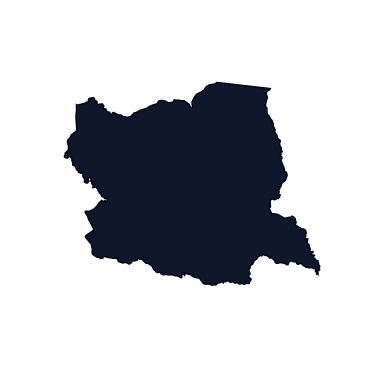 the district of Gorongosa, Sofala, Mozambique, rotated 333°
{"feature_id": "85939544B94652077383293", "entity_name": "Gorongosa", "entity_type": "district", "adm_level": 2, "iso_a3": "MOZ", "parent_name": "Mozambique", "parent_adm1": "Sofala", "projection": "orthographic", "projection_center": [34.322, -18.644], "detail": "fine", "context": "isolated", "style": "filled", "palette": "ink", "viewbox_px": 384, "rotation_deg": 333, "n_neighbors": 0, "source": "geoboundaries", "source_scale": "gbopen_adm2", "svg_char_len": 6046}
<svg xmlns="http://www.w3.org/2000/svg" viewBox="0 0 384 384"><g transform="rotate(333 192 192)"><path d="M308.7,135.4L263.9,105.7L261.6,106.2L255.8,104.4L254.4,104.7L253.0,104.5L249.1,106.4L246.7,107.1L241.7,106.9L239.9,107.2L237.7,108.3L233.1,111.6L232.5,112.4L231.3,115.9L230.7,116.9L230.0,117.2L229.1,116.3L229.1,112.2L226.5,107.2L223.5,105.6L221.5,103.9L219.1,102.9L218.3,101.9L217.6,102.0L216.9,102.9L216.1,103.2L212.0,102.3L211.3,101.7L209.3,98.7L206.1,96.4L203.6,95.9L200.8,97.5L200.2,97.5L197.1,96.8L193.0,96.4L189.2,96.8L183.1,95.7L177.9,95.8L176.5,95.2L172.1,96.9L169.1,96.5L167.6,95.7L166.6,94.7L164.7,93.4L164.0,91.3L161.5,90.1L158.2,85.5L157.1,85.4L155.6,86.8L154.7,86.5L154.7,83.6L153.3,82.3L152.8,81.3L152.7,78.8L152.1,78.2L151.1,78.4L150.8,78.0L151.2,76.8L152.5,75.1L152.0,72.7L148.0,71.4L147.6,70.9L147.5,70.0L148.3,68.5L148.1,67.5L146.9,66.6L147.4,64.6L147.1,63.2L144.0,62.2L142.6,62.1L141.9,62.5L140.5,64.5L139.2,64.4L138.2,64.0L136.3,64.3L129.2,62.5L128.7,61.8L126.4,66.5L123.8,70.4L122.1,73.7L117.7,84.1L116.0,85.5L110.5,86.3L108.2,88.1L105.2,89.2L103.7,90.8L102.7,95.5L101.1,98.1L99.7,98.9L96.9,99.7L96.3,100.3L96.1,101.3L95.1,101.8L94.4,102.5L94.7,103.6L96.1,105.2L97.3,105.0L98.4,104.4L98.9,104.6L99.7,105.6L100.0,108.2L99.1,109.7L99.3,111.5L98.0,113.7L99.4,115.4L99.6,117.8L99.2,119.6L100.1,120.9L99.9,122.8L101.7,125.0L102.3,125.2L103.8,125.0L104.1,125.4L103.2,126.2L102.4,127.7L101.8,128.1L102.2,131.5L101.6,132.9L100.8,133.8L100.8,134.5L102.1,136.2L103.2,136.5L105.0,135.4L105.3,133.1L106.7,132.2L107.3,132.5L108.1,134.4L107.7,135.1L106.6,136.1L107.7,137.5L106.6,138.5L106.8,141.4L105.7,143.1L108.8,143.9L109.0,146.1L110.5,147.1L108.9,148.1L109.4,150.2L109.0,151.0L110.0,152.7L109.7,155.2L110.9,156.1L111.2,157.8L111.9,158.7L113.4,159.8L113.5,160.6L111.9,161.5L111.8,161.9L111.0,161.9L110.6,161.3L110.8,160.6L110.5,160.1L109.1,160.5L107.4,158.4L105.3,159.8L104.9,159.2L101.2,161.2L98.3,162.3L96.2,162.7L92.2,162.7L90.8,162.2L88.5,160.8L87.8,161.1L87.6,162.3L88.0,166.0L87.4,169.9L87.7,172.6L87.6,180.2L87.0,181.2L86.1,181.5L78.0,182.6L77.0,183.2L76.8,184.8L78.7,193.4L77.5,196.1L77.5,197.6L76.2,199.4L75.4,200.9L75.3,202.7L77.9,207.1L79.2,207.8L80.7,209.9L82.7,210.4L82.9,209.3L84.0,209.2L86.3,211.0L87.8,212.6L88.9,212.9L89.5,213.8L90.5,214.2L91.8,215.4L92.9,215.6L93.6,216.4L95.3,217.3L95.5,217.9L95.1,218.5L94.9,220.1L95.2,221.0L96.0,221.5L97.9,223.8L99.9,224.2L101.3,224.9L103.3,227.7L105.5,227.6L107.4,226.3L109.9,227.4L111.7,227.7L112.5,227.7L113.1,226.9L113.7,226.7L114.1,226.8L115.0,228.2L116.7,228.9L118.5,234.2L119.0,234.9L120.2,235.3L122.5,239.2L122.8,240.8L122.7,243.8L123.6,245.8L123.8,247.0L124.7,248.0L127.4,249.2L127.6,249.8L127.3,250.6L127.8,251.7L129.0,252.8L130.6,253.3L134.7,255.9L136.3,256.3L138.6,258.7L140.8,259.9L142.2,261.6L142.9,263.0L143.8,263.6L144.5,263.1L144.6,261.6L145.4,261.1L146.5,261.2L147.2,261.7L147.5,262.8L148.9,261.4L149.5,262.1L150.2,262.3L153.0,264.9L153.7,266.7L155.9,269.4L159.5,272.1L160.5,278.3L160.9,279.1L162.5,280.4L165.7,282.0L167.4,284.0L169.6,284.7L171.0,285.6L173.5,284.9L174.7,285.0L175.6,285.6L177.5,285.4L178.0,285.7L178.6,287.2L179.5,286.4L181.2,287.2L183.5,287.1L184.2,287.8L184.5,289.0L185.5,290.0L187.4,290.4L188.2,291.2L188.6,292.4L189.3,292.9L190.9,293.0L191.6,293.8L191.8,294.8L192.9,295.7L195.3,296.2L196.3,297.9L199.2,298.2L201.2,299.4L201.7,299.2L202.3,298.3L204.9,297.0L205.0,295.8L203.7,293.5L204.9,292.0L206.4,291.6L206.8,290.6L206.6,289.1L207.4,287.2L207.8,286.7L209.5,285.8L210.0,284.6L211.9,283.7L213.1,283.9L216.3,281.4L219.1,281.1L221.4,279.9L223.5,279.5L224.0,279.0L225.1,280.6L227.2,280.1L227.8,280.5L228.2,281.6L229.5,282.3L230.3,283.2L231.1,285.9L232.6,286.6L233.3,287.4L234.4,290.8L234.3,292.7L234.8,293.8L236.5,294.6L238.7,295.0L241.9,297.4L242.7,298.4L243.1,299.5L244.1,300.2L244.7,300.2L246.4,298.5L248.4,298.1L249.6,298.8L251.1,300.6L252.3,301.0L253.6,302.3L252.9,302.8L252.7,303.3L253.7,304.5L254.2,304.8L255.2,304.6L256.8,305.2L258.0,308.5L259.0,309.6L259.2,310.7L259.7,311.1L260.7,311.1L261.3,312.2L261.8,311.9L262.2,312.9L263.8,313.4L265.2,314.6L265.6,315.4L267.0,315.5L267.4,316.1L267.0,316.7L267.2,317.1L266.5,317.5L266.5,318.3L266.0,318.9L266.7,320.2L265.7,321.7L266.3,322.0L266.9,321.3L267.0,322.2L267.7,320.8L268.0,319.3L268.9,319.2L269.3,319.6L270.5,319.1L270.5,317.3L271.4,316.5L271.8,316.6L272.2,315.5L272.0,314.8L271.2,314.1L272.5,312.9L272.3,311.9L273.0,310.7L271.6,309.3L271.2,306.7L270.2,305.8L271.1,304.1L272.1,304.3L272.4,304.0L271.7,303.3L270.4,302.8L269.9,301.9L271.1,300.9L272.4,300.8L272.7,300.3L272.3,299.7L271.3,300.1L270.1,298.0L271.5,296.3L271.3,295.9L271.6,295.3L271.3,294.7L272.3,292.5L272.2,291.3L271.0,289.8L272.0,288.9L272.0,287.9L272.4,288.1L273.8,286.5L273.4,286.0L272.7,286.1L272.5,285.6L271.9,285.6L271.4,285.0L271.6,284.3L271.9,284.5L272.5,283.6L273.2,283.3L273.2,282.6L273.5,282.4L273.3,281.5L273.9,281.5L274.0,281.1L275.1,280.6L275.8,278.0L274.9,275.9L272.9,274.6L270.1,270.0L269.1,269.1L269.7,267.5L271.1,266.1L271.1,264.5L271.8,262.6L271.2,260.2L270.1,258.9L268.3,259.3L266.2,258.3L263.8,257.9L262.4,257.3L258.4,251.1L256.0,249.2L253.1,247.5L253.4,241.3L255.3,240.8L256.0,238.4L256.9,237.3L257.2,235.9L257.7,235.1L258.5,234.7L260.6,234.8L261.3,235.3L262.0,236.4L263.9,236.5L265.1,236.2L265.9,236.9L266.9,236.4L267.5,236.5L268.2,235.3L269.3,234.7L268.2,232.9L268.6,232.4L268.6,231.7L269.4,231.8L269.8,231.6L269.9,229.7L271.6,229.0L272.1,227.8L273.0,227.8L273.3,227.0L274.1,227.1L275.5,225.4L276.6,224.7L280.5,224.1L284.3,220.4L284.8,218.7L284.9,217.0L283.8,215.2L284.8,213.3L285.6,204.3L287.7,202.5L287.8,201.2L287.0,199.5L288.6,198.8L288.6,197.7L288.9,197.1L289.9,197.2L290.7,196.7L290.8,194.8L291.6,193.2L291.3,191.5L291.4,190.3L292.2,188.2L293.6,187.0L294.0,185.9L292.5,182.7L293.4,180.2L292.9,176.2L294.3,174.2L294.3,170.3L295.5,168.0L295.4,165.9L295.8,164.8L295.2,162.7L295.1,158.7L294.5,156.9L295.0,154.9L296.7,151.5L296.5,148.5L299.9,144.1L301.6,142.7L302.2,141.2L302.7,138.2L303.5,136.9L305.5,136.1L307.8,136.1L308.7,135.4Z" fill="#0f172a" stroke="#020617" stroke-width="1.5"/></g></svg>